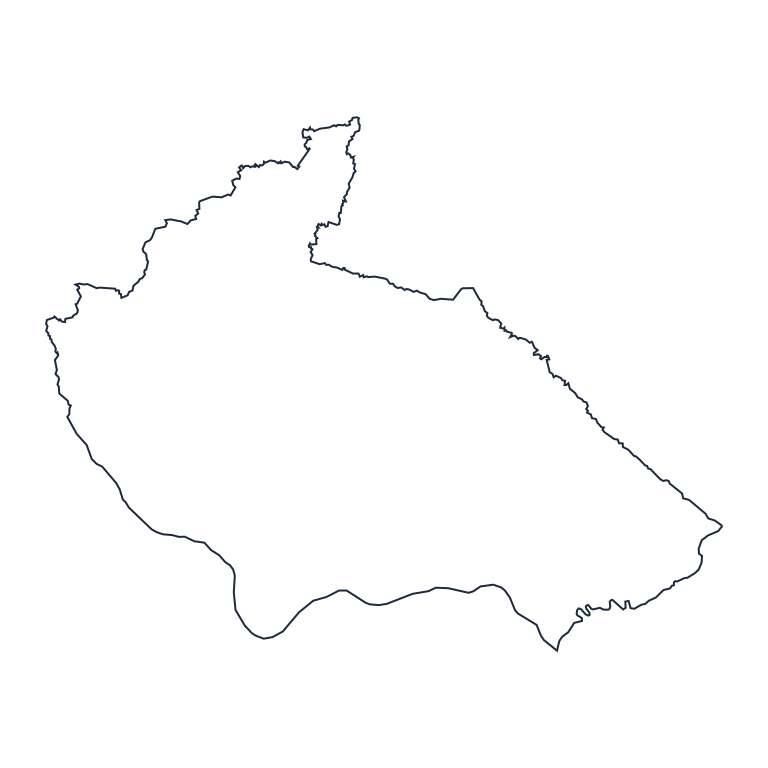 the district of Puerto Berrío, Antioquia, Colombia, rotated 90°
{"feature_id": "7082276B36153632793263", "entity_name": "Puerto Berrío", "entity_type": "district", "adm_level": 2, "iso_a3": "COL", "parent_name": "Colombia", "parent_adm1": "Antioquia", "projection": "orthographic", "projection_center": [-74.62, 6.504], "detail": "fine", "context": "isolated", "style": "outline", "palette": "slate", "viewbox_px": 768, "rotation_deg": 90, "n_neighbors": 0, "source": "geoboundaries", "source_scale": "gbopen_adm2", "svg_char_len": 6138}
<svg xmlns="http://www.w3.org/2000/svg" viewBox="0 0 768 768"><g transform="rotate(90 384 384)"><path d="M380.8,202.9L380.3,205.5L378.0,207.1L375.7,212.1L377.3,214.3L373.9,215.5L372.3,218.3L359.8,221.3L359.4,218.7L356.0,220.0L355.7,221.0L357.1,221.4L357.0,223.4L359.3,226.6L358.4,228.0L356.2,226.9L354.3,229.3L355.0,234.1L353.2,234.3L350.2,230.3L347.8,233.4L341.8,236.1L342.7,238.4L339.7,241.9L338.2,246.3L338.0,248.8L339.0,249.8L336.2,252.4L335.7,254.0L337.1,257.9L334.1,256.1L332.8,256.4L331.7,261.1L330.4,261.7L330.8,263.5L327.7,263.5L328.6,264.5L327.7,267.9L323.5,266.8L320.0,270.1L319.4,273.6L320.3,274.9L317.9,279.6L315.7,281.2L313.1,280.6L311.2,283.2L306.2,284.9L304.8,286.7L301.3,286.4L299.7,288.4L288.1,294.9L288.3,305.4L289.3,307.0L299.7,314.9L298.8,327.0L300.1,334.2L298.7,338.5L294.2,342.3L292.3,348.7L290.6,351.2L291.9,354.3L289.5,358.8L289.0,361.7L290.0,363.4L287.4,366.8L288.0,370.3L286.2,373.5L283.8,374.8L283.7,378.2L279.6,380.8L278.6,383.0L276.6,393.3L277.1,399.9L276.3,401.1L277.3,404.3L275.1,404.8L276.7,408.2L273.6,409.4L273.5,415.2L269.7,423.1L268.0,423.4L267.9,424.6L269.9,425.7L267.6,430.9L266.8,435.7L264.7,439.4L264.9,441.7L263.1,443.2L264.2,448.3L261.3,457.0L259.2,457.3L255.2,455.4L252.0,457.4L249.3,455.5L248.3,457.0L247.2,456.9L247.1,458.9L246.0,459.3L243.4,458.0L244.6,457.2L244.1,451.6L239.2,451.9L238.2,450.6L236.1,453.0L234.2,452.6L233.7,453.4L229.9,450.3L227.3,451.0L227.5,449.5L226.2,450.5L224.0,449.5L225.4,447.2L223.9,446.4L225.0,445.7L224.3,443.6L226.8,442.4L226.2,440.4L222.0,439.5L224.9,431.2L224.2,428.9L219.2,428.0L216.4,429.4L212.8,428.7L213.0,427.2L206.3,426.6L205.3,425.2L204.1,425.8L202.5,424.6L200.7,425.0L201.4,422.1L197.2,424.0L194.1,421.1L192.1,421.1L187.7,418.4L183.7,419.3L177.5,415.7L172.8,414.2L171.5,412.5L168.5,414.0L164.1,413.0L163.4,414.8L159.7,414.2L157.9,415.1L156.8,414.4L157.6,417.0L155.1,417.6L153.4,419.8L154.2,421.1L152.2,421.8L149.4,420.6L146.5,421.3L145.2,419.4L141.4,419.0L139.1,415.5L136.8,416.6L135.9,414.5L132.1,412.7L130.7,409.0L129.6,408.6L125.1,408.2L123.8,409.3L119.7,409.7L118.4,409.0L117.3,411.0L117.9,415.4L120.0,416.0L121.6,418.9L124.5,417.9L125.3,419.6L125.7,422.0L124.4,423.2L125.3,424.9L124.9,430.4L126.4,431.9L125.2,433.9L127.4,438.4L128.7,448.1L131.2,453.9L129.6,455.0L129.3,457.6L127.6,458.0L130.3,460.0L129.2,464.4L132.1,465.5L137.4,464.8L137.8,461.1L136.6,458.7L139.0,457.1L140.1,460.8L142.8,461.7L144.4,463.4L146.4,463.2L146.9,462.0L149.2,461.0L149.5,459.9L148.3,458.7L148.8,458.3L165.7,470.2L166.5,468.7L169.1,470.6L166.9,473.6L167.1,474.9L162.5,478.7L161.7,483.2L163.2,486.4L161.6,487.4L163.0,488.1L162.2,489.1L163.3,490.0L161.1,493.3L160.5,497.7L162.7,502.6L161.7,504.0L164.4,504.4L165.5,506.3L165.0,508.0L167.1,509.1L164.1,512.7L165.0,513.4L165.9,512.1L166.8,512.6L166.4,516.2L167.3,517.5L165.8,519.8L166.1,523.0L168.3,524.9L165.6,525.9L165.6,526.7L167.4,528.9L170.3,526.9L172.2,530.2L176.0,527.8L179.0,528.5L178.6,531.8L180.7,535.8L185.2,534.7L187.3,532.6L195.5,537.4L194.5,539.7L197.3,546.4L196.6,555.6L201.2,568.1L202.5,568.9L208.9,568.6L210.0,571.4L213.4,569.8L215.9,572.7L219.0,571.9L220.3,577.1L224.0,580.6L221.5,586.7L219.4,597.3L220.1,602.7L223.2,601.1L226.7,602.6L228.8,612.7L237.1,615.9L240.1,617.9L242.3,622.5L249.1,625.4L251.7,624.5L254.2,621.8L260.1,621.1L261.4,619.9L269.6,621.8L270.1,623.2L272.1,623.8L274.5,623.0L278.2,625.9L279.1,628.3L281.6,629.5L285.7,634.5L290.6,635.6L291.9,638.9L295.3,640.4L297.9,646.6L294.1,647.1L293.5,649.0L290.8,648.8L290.2,649.9L290.8,652.1L288.7,652.8L287.6,668.1L288.2,671.2L284.1,680.5L284.5,684.4L283.6,688.4L284.6,692.5L286.9,689.0L288.3,688.8L289.7,690.8L296.4,687.1L303.7,690.9L304.3,692.4L310.2,690.1L313.2,690.9L315.7,694.8L317.4,695.6L318.8,702.6L322.0,703.0L321.7,705.9L320.0,707.4L320.4,708.4L319.4,708.2L319.6,710.2L316.5,713.5L317.7,714.4L320.0,721.1L323.9,721.9L326.2,720.5L331.0,721.8L333.2,719.6L335.5,719.6L336.1,718.0L338.8,718.0L339.4,716.6L342.0,716.2L345.6,713.4L348.9,712.2L351.5,712.6L353.1,711.4L352.4,710.5L355.3,709.7L360.1,713.1L370.0,711.1L374.1,712.5L376.9,709.6L379.4,709.0L384.5,710.5L386.3,709.3L393.6,708.7L400.7,700.3L404.6,699.4L405.6,697.2L408.3,698.5L414.2,698.7L416.9,700.7L433.9,691.3L444.9,681.4L459.1,676.2L463.9,671.4L466.6,665.8L483.2,651.7L489.4,648.3L499.6,645.1L502.3,642.3L507.6,639.1L529.3,616.4L532.2,611.3L534.3,605.0L535.1,595.7L536.9,589.1L536.7,583.2L541.2,573.9L542.7,563.6L550.1,556.9L555.3,548.7L562.1,542.8L565.3,538.0L569.4,534.9L575.6,533.2L592.2,534.2L609.9,532.5L625.7,523.1L633.0,516.3L635.5,512.6L638.7,504.3L637.1,495.5L631.5,485.2L612.2,468.9L600.7,454.7L597.0,441.6L590.5,428.9L590.5,421.4L602.8,402.3L604.4,398.0L605.1,389.1L603.9,381.3L593.8,355.3L591.2,339.6L587.7,332.2L588.2,319.9L592.8,299.3L591.2,294.5L586.4,287.4L584.7,274.6L587.6,266.5L590.4,263.2L597.6,258.1L610.3,252.9L613.5,250.1L624.9,231.4L635.8,227.0L640.1,224.1L650.7,211.0L641.0,208.7L636.6,205.7L632.3,199.8L622.9,193.8L621.0,186.0L618.0,186.2L615.4,190.6L613.9,191.4L610.2,190.9L608.4,189.3L609.3,186.8L614.4,182.4L615.6,179.4L614.9,178.4L612.9,178.5L608.5,181.8L606.5,182.2L605.4,181.3L605.1,179.6L608.9,176.6L609.4,174.9L607.8,168.1L609.6,164.5L609.7,159.8L609.0,158.6L606.5,157.7L601.8,158.3L600.3,157.2L599.9,155.5L609.5,144.8L607.8,142.4L601.6,142.7L601.0,139.4L608.1,137.4L608.8,133.7L604.8,126.8L603.8,122.6L600.8,119.3L597.5,112.1L590.1,104.6L588.4,98.0L585.7,96.0L585.2,94.1L582.5,94.1L581.2,93.0L581.5,90.8L578.2,83.9L577.7,80.5L573.3,73.3L569.7,69.4L562.6,66.4L555.9,66.0L553.7,69.0L548.6,69.3L540.2,66.3L535.4,59.9L531.1,49.8L526.5,46.1L525.3,46.5L520.5,53.2L518.4,59.8L513.8,62.4L499.9,78.9L498.3,84.9L493.5,85.9L483.6,98.3L481.1,99.2L480.2,101.6L481.0,104.7L479.1,107.9L469.1,117.6L468.5,119.9L465.9,120.9L465.5,122.8L459.3,128.7L456.3,132.2L456.0,133.9L449.7,139.7L447.0,145.1L443.4,145.3L443.3,148.9L439.5,150.3L439.1,153.7L432.3,163.4L429.9,165.4L427.5,164.2L427.2,166.5L422.7,170.6L419.0,172.1L418.2,176.0L414.4,177.2L412.6,181.0L410.8,180.1L409.0,181.8L406.2,180.1L402.4,181.5L401.5,184.5L399.3,186.0L397.3,190.3L393.2,192.7L388.8,198.1L383.2,199.7L385.0,201.7L385.1,203.5L380.8,202.9Z" fill="none" stroke="#1e293b" stroke-width="2"/></g></svg>